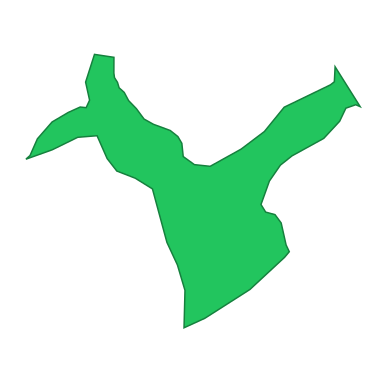 the border of Metlika, rotated 91°
{"feature_id": "SVN-969", "entity_name": "Metlika", "entity_type": "Municipality", "adm_level": 1, "iso_a3": "SVN", "parent_name": "Slovenia", "parent_adm1": "", "projection": "equal_earth", "projection_center": [15.277, 45.643], "detail": "fine", "context": "isolated", "style": "filled", "palette": "green", "viewbox_px": 384, "rotation_deg": 91, "n_neighbors": 0, "source": "natural_earth", "source_scale": "10m", "svg_char_len": 913}
<svg xmlns="http://www.w3.org/2000/svg" viewBox="0 0 384 384"><g transform="rotate(91 192 192)"><path d="M103.7,25.4L101.9,29.8L105.5,39.6L118.7,45.6L136.1,61.2L154.1,92.6L163.6,104.1L179.7,114.8L203.3,122.8L210.8,118.0L213.2,108.6L221.4,102.3L243.3,97.0L250.0,93.7L255.6,98.2L284.9,128.7L288.4,132.3L318.0,176.9L327.9,197.6L290.5,197.3L265.2,205.3L242.8,216.2L189.6,231.6L179.2,249.0L172.4,267.5L160.1,277.4L137.4,287.9L139.3,307.2L152.2,332.4L162.1,358.6L161.1,357.6L158.4,354.6L141.5,347.5L124.4,333.1L114.6,317.1L109.0,305.3L109.5,299.3L102.0,296.0L84.0,300.3L56.1,291.9L58.7,272.4L74.4,272.2L79.0,271.5L83.7,268.4L89.1,266.7L93.6,261.5L101.7,257.0L109.6,249.1L119.9,241.2L125.0,231.7L130.9,214.8L136.8,207.1L143.5,203.0L156.7,201.4L164.6,190.1L166.0,174.3L148.3,143.7L130.3,120.7L105.6,101.3L82.4,55.4L79.3,51.6L64.3,51.1L102.1,26.4L103.7,25.4Z" fill="#22c55e" stroke="#15803d" stroke-width="1.5"/></g></svg>